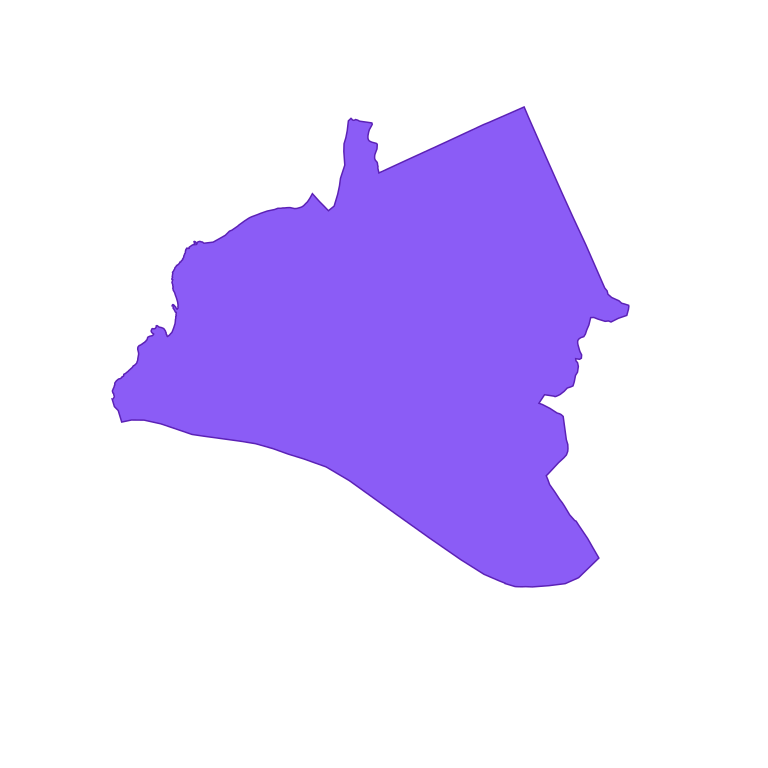 San Cristóbal, Bolívar, Colombia (Natural Earth projection), rotated 156°
{"feature_id": "7082276B17272227994526", "entity_name": "San Cristóbal", "entity_type": "district", "adm_level": 2, "iso_a3": "COL", "parent_name": "Colombia", "parent_adm1": "Bolívar", "projection": "natural_earth1", "projection_center": [-75.055, 10.374], "detail": "fine", "context": "isolated", "style": "filled", "palette": "violet", "viewbox_px": 768, "rotation_deg": 156, "n_neighbors": 0, "source": "geoboundaries", "source_scale": "gbopen_adm2", "svg_char_len": 6135}
<svg xmlns="http://www.w3.org/2000/svg" viewBox="0 0 768 768"><g transform="rotate(156 384 384)"><path d="M346.6,145.6L343.4,144.0L339.9,142.4L337.1,141.3L331.0,138.3L315.4,132.7L299.6,127.9L285.0,127.9L258.5,137.6L259.8,149.9L260.8,160.1L263.5,175.4L264.3,180.6L265.3,181.7L267.6,188.9L268.8,199.0L269.4,202.8L270.5,207.4L271.8,215.6L273.6,224.8L273.2,230.1L273.1,234.2L270.9,235.0L256.6,241.1L249.8,243.4L246.2,245.0L243.5,247.8L242.2,250.2L240.7,254.0L240.1,258.9L233.5,281.5L234.6,284.0L235.7,285.4L237.7,287.1L242.3,294.2L247.6,300.8L250.3,303.4L241.7,308.9L233.7,303.8L232.9,302.9L231.5,302.7L229.5,302.7L227.4,302.8L222.5,304.0L218.2,305.8L214.6,305.4L212.1,305.4L209.3,308.6L205.6,313.9L202.4,316.1L199.3,321.0L198.5,324.7L199.2,327.2L198.6,329.2L195.3,327.0L193.2,327.3L191.6,330.2L191.8,334.1L191.5,336.4L190.8,341.1L190.4,342.7L189.4,344.8L187.6,345.9L185.3,346.3L182.2,346.0L179.7,347.7L176.9,350.8L172.8,354.6L168.2,360.6L165.2,359.4L162.2,356.3L156.5,351.3L153.3,350.3L151.4,348.3L143.1,348.7L134.3,347.9L130.3,352.8L128.7,355.4L128.5,356.4L132.0,359.5L134.1,361.2L135.4,364.3L140.8,370.4L142.9,374.9L142.3,378.4L143.3,381.9L143.0,429.1L143.5,458.7L143.7,485.7L143.7,525.6L143.5,569.0L143.3,580.1L181.6,580.3L187.4,580.5L228.4,579.8L273.3,579.3L302.8,578.9L301.8,583.8L301.0,585.2L300.7,586.9L300.2,588.4L300.1,589.4L300.9,592.1L300.8,593.9L300.2,595.3L299.2,597.1L297.3,599.1L294.8,601.6L292.8,605.4L292.8,606.4L293.2,607.0L296.9,610.0L298.5,611.9L298.9,613.4L298.7,615.1L297.7,617.3L295.6,620.3L293.9,622.3L290.6,624.8L289.1,626.0L288.9,627.4L289.9,628.1L299.5,634.1L300.1,635.0L301.0,636.0L302.5,637.2L303.4,637.0L304.4,637.2L305.4,638.0L305.7,639.2L306.1,640.1L309.5,638.9L314.6,630.3L318.6,624.6L322.8,619.7L326.1,612.8L330.8,599.9L340.1,589.6L344.1,583.1L349.1,576.2L357.2,566.8L364.3,564.9L366.7,571.6L368.7,576.8L372.0,587.0L375.7,584.2L377.2,583.2L379.9,581.5L382.1,580.7L384.8,579.6L386.4,579.3L387.4,579.2L389.9,579.5L392.1,579.8L394.3,580.6L398.1,583.4L400.8,584.5L403.3,585.3L404.9,586.0L406.5,586.4L409.5,587.7L412.9,587.9L420.3,589.5L427.3,590.1L430.5,590.2L436.7,590.6L438.7,590.6L440.0,590.5L444.5,589.8L451.7,588.3L453.5,587.7L455.6,587.3L457.8,586.9L460.4,586.4L463.0,586.5L468.5,584.4L482.4,583.1L491.1,585.8L491.6,586.4L491.9,587.2L492.3,587.7L492.9,588.0L494.2,589.2L495.9,589.5L496.9,589.3L497.7,588.3L498.4,587.8L498.9,587.8L498.8,588.2L498.4,588.7L498.4,588.8L498.3,590.1L498.7,590.9L499.3,591.4L499.6,591.4L499.7,590.7L500.1,589.7L500.1,589.4L500.3,589.0L500.5,588.4L500.9,588.5L501.8,588.9L503.5,588.8L505.0,588.4L506.1,588.3L506.5,587.9L506.8,587.2L507.2,587.2L507.7,587.7L508.2,587.7L508.5,588.1L509.0,588.3L509.3,587.9L509.7,587.7L510.2,587.6L510.7,586.8L511.2,586.4L511.5,585.9L511.8,585.2L512.1,584.7L513.2,584.0L513.6,583.4L514.5,582.7L515.1,582.0L515.2,581.5L515.9,580.9L517.3,580.0L517.3,579.5L519.3,578.8L519.7,578.4L520.0,578.3L520.3,578.1L520.8,578.4L521.4,577.9L521.7,577.6L522.6,577.2L522.8,577.0L523.4,576.9L524.0,576.8L524.2,576.6L524.3,576.5L525.3,576.7L525.5,576.3L526.1,576.0L526.4,575.8L527.5,575.4L528.0,574.9L528.5,574.2L529.5,573.6L529.9,573.3L530.4,572.8L530.7,572.5L531.2,572.4L531.6,572.2L531.9,571.8L531.9,571.1L533.3,569.0L533.4,568.6L533.8,568.3L533.8,567.4L534.5,566.9L534.7,566.6L535.0,566.4L535.2,566.1L534.9,565.5L534.6,565.2L536.0,563.5L536.5,562.8L536.4,562.4L536.6,561.7L536.5,561.0L537.1,559.4L537.1,558.4L537.6,557.9L538.0,557.5L538.0,556.9L538.4,555.3L538.3,554.6L538.1,552.6L538.4,550.5L538.6,547.3L539.2,542.8L540.1,539.7L540.8,538.5L541.0,537.7L541.3,537.2L542.2,536.6L542.6,536.5L542.8,536.7L542.8,537.3L543.0,537.9L543.1,538.7L543.0,539.1L543.4,539.8L543.5,540.6L543.8,541.4L544.1,542.0L544.5,542.4L544.9,542.4L545.4,542.0L545.5,541.9L544.7,541.8L544.7,541.2L545.2,540.8L545.4,540.2L545.4,539.6L545.8,539.0L545.8,538.6L545.5,537.7L545.3,534.4L544.7,534.0L544.8,533.3L545.6,532.4L545.8,531.9L545.8,531.2L546.2,530.7L546.6,530.7L547.0,530.0L547.4,528.9L548.4,527.6L549.1,526.2L550.3,524.2L553.2,520.9L556.4,517.7L557.4,517.1L558.4,516.8L559.7,516.1L561.4,515.6L562.5,515.5L562.6,515.8L562.7,516.4L562.4,517.0L562.6,517.8L562.6,518.4L562.2,519.2L562.3,520.1L562.1,521.2L562.5,523.7L562.8,524.4L564.2,525.9L564.9,526.5L565.9,527.1L566.8,528.2L567.2,529.2L567.7,529.7L568.5,529.7L568.8,529.0L569.1,528.5L570.2,527.9L570.6,527.8L570.8,527.9L571.6,527.9L572.3,528.3L572.6,528.6L573.0,528.8L573.5,528.8L573.7,528.6L574.2,528.1L574.8,527.7L575.0,527.3L575.2,527.0L575.3,526.5L575.3,526.1L575.1,525.2L574.7,524.4L574.2,523.6L574.1,523.3L575.5,522.5L575.9,522.4L577.0,522.6L578.5,522.9L580.2,522.9L580.7,522.8L581.1,522.5L582.3,521.0L582.7,520.7L583.4,520.6L584.1,520.0L584.4,520.0L584.8,519.9L585.2,519.6L585.7,519.6L585.9,519.4L586.7,519.3L586.9,519.4L587.8,519.1L588.2,519.1L588.9,518.8L589.4,518.9L589.9,518.8L590.6,518.5L591.3,518.7L592.0,518.7L593.5,518.0L594.0,517.5L594.5,516.7L594.9,515.8L595.5,512.6L595.8,511.6L596.0,511.1L598.1,508.0L598.7,507.1L599.1,506.3L599.7,505.5L600.5,504.8L600.8,504.4L601.5,503.6L604.0,502.7L604.3,502.6L604.6,502.5L605.3,502.6L605.7,502.5L606.1,502.3L606.4,502.0L606.9,501.7L608.1,501.2L608.9,501.0L610.6,500.4L611.3,500.2L612.0,500.0L612.4,499.7L613.1,499.5L614.6,499.2L615.7,498.8L616.3,498.7L616.9,498.7L617.3,498.8L617.8,498.6L618.1,498.1L618.3,497.6L618.5,497.3L618.9,497.1L619.3,497.1L619.7,497.0L620.0,497.2L620.6,497.0L620.8,496.7L621.4,496.4L621.8,496.4L622.6,496.2L623.1,496.2L623.9,496.5L625.0,496.4L626.0,496.1L627.0,495.8L627.5,495.6L628.3,495.1L629.1,494.7L629.5,494.3L629.9,493.7L630.2,492.8L630.5,492.5L630.8,492.4L631.3,491.7L632.3,490.6L633.1,490.0L633.8,489.2L634.6,488.6L634.8,488.3L635.0,488.0L635.1,487.4L635.3,486.0L635.2,485.8L634.9,485.5L634.9,485.3L635.1,484.5L635.3,483.9L635.3,483.1L635.6,482.1L635.9,481.7L637.3,480.8L637.7,480.6L638.1,480.5L638.5,480.8L639.5,473.0L637.6,467.9L639.1,455.9L629.3,453.8L617.9,448.6L604.1,438.4L579.9,416.0L569.2,409.2L538.7,390.3L525.6,381.7L511.6,370.0L499.9,358.8L488.0,348.4L470.7,331.9L455.1,310.0L425.6,259.6L405.4,225.3L385.2,192.1L370.0,169.4L358.9,157.4L354.4,152.8L354.6,152.5L346.6,145.6Z" fill="#8b5cf6" stroke="#5b21b6" stroke-width="1.5"/></g></svg>